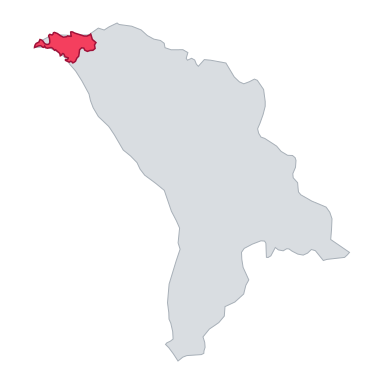 where Briceni sits in Moldova
{"feature_id": "MDA-1613", "entity_name": "Briceni", "entity_type": "District", "adm_level": 1, "iso_a3": "MDA", "parent_name": "Moldova", "parent_adm1": "", "projection": "robinson", "projection_center": [26.94, 48.261], "detail": "fine", "context": "in_parent", "style": "filled", "palette": "rose", "viewbox_px": 384, "rotation_deg": 0, "n_neighbors": 0, "source": "natural_earth", "source_scale": "10m", "svg_char_len": 2916}
<svg xmlns="http://www.w3.org/2000/svg" viewBox="0 0 384 384"><path d="M34.6,47.4L36.5,43.5L54.9,33.2L59.6,34.9L69.2,35.3L88.7,34.9L98.3,28.1L104.2,30.0L109.0,26.9L117.1,23.0L118.2,23.9L119.2,24.5L131.7,26.2L141.1,29.9L147.4,35.6L153.8,39.1L160.5,40.5L164.2,43.3L165.0,47.7L171.2,49.8L182.9,49.7L187.9,52.6L186.2,58.3L187.4,60.2L191.6,58.3L194.7,60.0L196.4,64.2L198.3,66.3L204.3,59.6L210.6,60.2L225.9,63.0L234.2,76.9L239.3,81.8L243.8,83.8L249.4,81.7L254.4,79.1L257.3,80.3L263.6,89.5L265.2,101.5L265.2,106.3L263.1,114.5L260.0,123.2L257.6,128.8L258.7,133.3L261.0,137.1L264.7,138.4L276.6,146.1L281.1,151.4L287.6,155.3L292.5,155.5L295.1,157.7L296.0,160.4L295.5,167.3L292.8,173.7L293.2,177.8L297.6,182.7L298.1,188.4L298.5,192.0L300.8,194.8L311.8,201.1L326.1,207.1L329.8,212.3L332.0,218.8L331.5,229.9L330.7,239.5L349.5,252.4L347.4,254.8L344.6,257.4L326.9,259.4L323.3,260.5L315.4,250.7L311.4,249.5L307.6,253.1L303.2,255.1L297.8,254.1L292.0,251.1L289.1,249.0L286.8,248.7L283.2,250.8L278.4,249.9L275.3,247.5L270.9,255.8L268.1,257.5L266.4,257.3L265.9,243.2L264.6,241.1L261.0,240.8L252.4,244.1L244.2,248.4L241.5,252.3L241.8,259.2L243.1,267.4L248.8,279.9L245.8,285.4L243.7,294.0L234.9,302.0L225.0,306.6L224.3,316.1L218.8,322.6L209.3,329.1L203.0,336.9L204.7,342.3L205.1,347.3L204.0,350.8L203.8,353.4L201.3,354.6L186.8,355.6L182.7,357.2L178.0,361.0L173.4,353.9L168.8,347.7L165.5,344.4L166.9,342.8L170.5,341.1L173.1,339.0L172.7,331.6L170.8,323.2L169.0,319.1L168.8,312.7L167.5,302.7L169.1,284.1L176.2,260.8L180.1,249.2L178.1,242.9L179.6,228.1L176.4,220.8L171.4,211.2L164.3,190.4L155.5,183.2L144.7,175.2L140.1,169.2L137.0,162.6L130.6,156.0L123.2,150.0L114.4,134.9L109.9,128.1L108.5,126.2L98.4,116.6L93.2,107.8L90.5,100.7L89.0,94.0L81.9,80.9L75.6,71.0L69.5,64.0L66.7,59.1L59.6,52.8L49.5,47.8L43.0,47.0L34.6,47.4Z" fill="#d9dde1" stroke="#a8b0b8" stroke-width="1"/><path d="M43.8,47.4L42.8,47.2L40.8,45.7L38.8,45.8L34.5,47.5L34.6,46.5L35.2,44.8L36.1,43.5L39.1,41.9L39.5,40.5L40.0,39.5L41.8,40.1L43.0,41.2L43.9,42.6L45.0,43.8L46.6,44.4L48.4,44.3L49.4,43.5L49.8,42.1L49.7,40.0L49.3,37.8L48.7,36.5L48.7,35.5L49.6,34.4L50.1,34.4L51.6,34.9L52.2,34.9L53.0,34.2L53.2,33.4L53.5,32.7L54.5,32.4L57.4,33.5L60.3,35.6L63.4,37.2L66.7,36.7L67.6,35.9L68.2,36.0L68.8,36.3L69.8,36.2L70.9,36.4L71.3,36.2L71.2,35.6L70.9,35.0L70.9,34.5L70.9,33.8L70.7,32.8L70.7,32.0L71.7,31.8L72.7,32.0L74.5,33.0L84.0,36.0L86.9,36.1L90.3,34.6L90.7,34.1L90.9,34.5L92.3,39.4L96.0,42.6L94.5,44.9L95.1,48.5L92.9,50.3L90.0,50.5L87.4,51.4L84.8,50.2L83.8,48.1L81.7,47.8L79.6,49.7L79.2,53.0L78.7,56.2L76.8,58.2L75.5,61.2L73.5,62.7L72.7,62.8L72.7,62.7L72.2,62.2L71.4,61.6L70.6,61.3L69.5,62.1L67.9,61.6L65.5,60.4L65.5,59.7L67.2,59.6L68.2,58.7L68.2,57.8L65.1,56.8L64.5,55.6L64.0,54.3L62.9,53.5L62.1,54.1L61.1,55.4L60.3,55.8L59.9,53.9L59.3,53.0L55.6,49.8L54.6,50.3L52.6,48.2L51.1,47.5L47.5,48.2L45.7,47.8L44.7,46.1L43.8,47.4Z" fill="#f43f5e" stroke="#9f1239" stroke-width="1.5"/></svg>